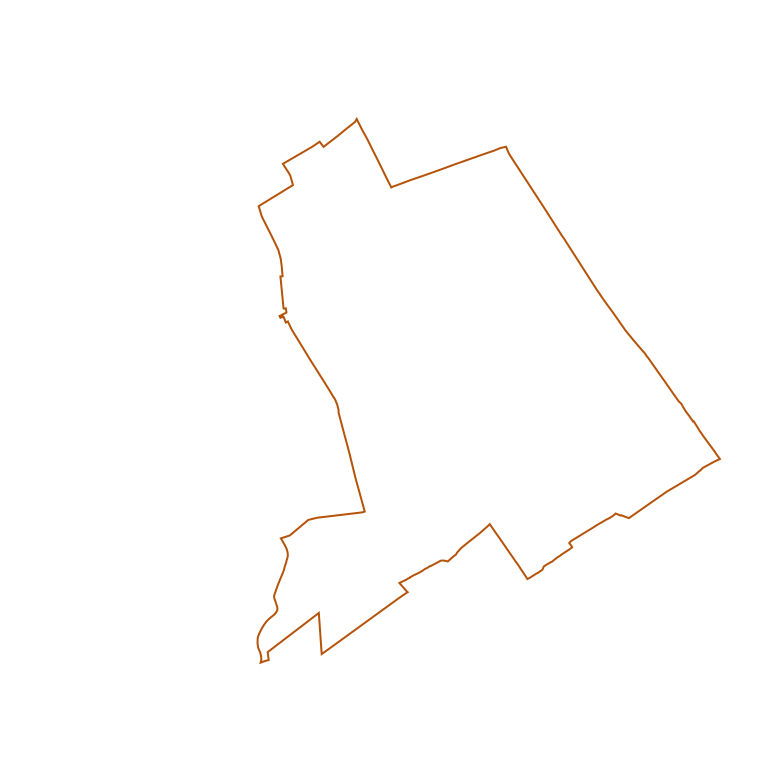 Tulucesti, Galati, Romania, rotated 149°
{"feature_id": "2599482B61221662253348", "entity_name": "Tulucesti", "entity_type": "district", "adm_level": 2, "iso_a3": "ROU", "parent_name": "Romania", "parent_adm1": "Galati", "projection": "albers", "projection_center": [28.035, 45.59], "detail": "fine", "context": "isolated", "style": "outline", "palette": "amber", "viewbox_px": 768, "rotation_deg": 149, "n_neighbors": 0, "source": "geoboundaries", "source_scale": "gbopen_adm2", "svg_char_len": 4186}
<svg xmlns="http://www.w3.org/2000/svg" viewBox="0 0 768 768"><g transform="rotate(149 384 384)"><path d="M551.9,304.8L551.9,304.1L551.9,301.7L552.0,298.3L552.2,294.5L552.5,292.4L553.1,290.2L553.7,288.5L554.5,287.0L555.4,285.7L557.1,284.0L558.2,283.1L559.9,281.3L561.7,279.8L563.1,278.6L565.4,276.3L568.1,274.1L571.4,271.7L575.6,268.6L579.1,265.9L582.7,262.9L584.4,261.5L585.8,260.4L586.9,259.4L587.7,258.4L588.2,257.2L588.6,255.8L589.3,252.4L590.0,249.3L590.7,247.1L591.6,245.5L592.6,244.6L594.8,243.5L597.1,242.8L600.9,242.3L604.2,241.7L607.6,240.8L611.2,239.2L615.2,237.1L619.5,234.3L622.6,231.9L624.1,229.8L626.1,226.6L627.5,223.1L627.9,221.3L628.2,218.8L628.5,217.3L629.1,215.5L629.8,213.4L631.3,210.6L633.3,208.7L632.3,208.5L630.9,208.3L628.0,207.6L625.0,206.8L621.8,214.1L609.4,215.5L604.0,216.1L557.8,221.3L566.2,204.8L570.5,196.4L576.5,184.6L559.5,186.0L487.3,192.3L478.6,193.0L471.0,193.4L471.1,193.6L473.3,205.5L467.6,205.0L466.1,204.8L464.8,204.8L464.0,204.9L463.6,204.8L463.2,204.8L462.2,204.6L461.7,204.6L461.4,204.9L460.3,204.8L458.5,204.8L454.4,204.5L453.1,204.3L451.2,204.2L449.7,204.1L447.9,204.1L446.6,204.1L445.2,204.3L444.2,204.3L442.9,204.2L441.5,204.1L440.4,204.1L438.8,204.3L437.8,203.9L433.7,203.7L429.6,203.4L429.1,203.4L427.3,203.4L426.0,203.2L424.8,202.6L422.7,201.0L420.9,199.2L420.2,199.1L413.8,200.4L410.3,200.7L409.2,201.3L407.9,202.0L404.3,203.0L403.2,203.4L401.8,203.7L400.8,203.9L395.7,204.6L378.2,206.9L370.0,208.4L369.4,208.5L367.0,209.0L365.5,209.4L365.5,208.4L365.0,201.8L364.9,199.0L364.4,193.0L363.4,176.6L362.9,169.5L362.6,164.0L362.2,160.1L362.0,154.7L361.5,142.9L357.3,142.8L355.7,142.9L351.9,143.0L349.0,142.9L343.9,143.2L340.9,145.3L339.2,145.4L332.9,145.4L332.1,145.2L331.2,145.2L330.3,145.3L329.4,145.5L324.4,146.1L320.9,146.1L320.1,146.4L319.2,146.4L316.9,146.5L314.4,146.6L313.5,146.6L311.7,146.7L310.7,146.7L308.8,146.9L307.0,147.1L306.8,147.2L306.7,147.7L307.1,152.1L307.1,152.3L304.7,153.0L302.2,153.1L301.0,153.1L300.0,153.1L298.6,153.1L295.5,153.1L287.8,153.2L281.5,153.2L278.0,153.3L274.5,153.4L272.8,153.4L270.6,153.4L269.0,153.3L267.3,153.3L266.7,153.3L265.8,153.3L265.2,153.3L264.5,153.3L263.8,153.3L263.1,153.3L262.6,153.2L262.0,153.2L261.6,153.1L261.2,153.0L260.5,153.0L259.8,153.0L256.9,153.0L256.3,153.0L254.7,153.3L253.2,153.4L252.5,153.4L252.1,153.6L248.9,149.3L248.2,149.3L243.2,142.9L216.2,144.8L197.0,146.1L164.1,145.9L159.4,146.8L157.4,147.0L154.0,147.9L149.2,147.7L140.5,147.3L134.7,146.7L135.0,150.0L135.3,153.2L135.3,155.5L136.0,162.3L137.2,175.2L137.3,178.3L137.6,180.7L137.6,185.4L137.6,187.5L137.7,189.6L137.7,192.5L138.4,192.6L138.6,195.7L138.8,199.4L139.1,201.9L139.4,204.7L139.5,210.1L139.4,211.8L139.3,213.7L139.6,215.0L140.3,217.3L141.1,227.6L141.6,235.7L142.2,243.9L144.0,269.1L144.5,273.2L144.7,277.0L145.1,278.3L145.3,279.3L147.7,293.8L149.4,305.2L151.0,328.2L151.9,337.6L152.5,345.4L153.0,354.8L153.3,362.9L153.8,380.3L154.3,397.9L154.8,415.3L155.1,419.6L156.0,452.8L156.8,475.0L158.2,513.9L158.2,517.4L157.2,524.5L162.7,526.3L162.8,526.3L169.2,527.3L177.0,529.0L210.6,535.9L223.8,538.4L244.2,542.5L251.4,544.1L254.3,544.7L254.7,544.8L261.0,546.0L271.9,548.0L274.2,548.5L275.1,548.6L276.5,548.7L276.3,551.5L276.0,556.2L275.3,564.5L274.0,579.6L273.4,587.9L272.2,602.6L271.8,613.7L270.9,625.2L273.8,623.6L287.3,621.8L292.2,621.0L300.9,619.9L312.0,618.6L313.7,618.4L314.4,624.8L323.5,624.3L357.3,624.8L356.9,613.8L357.0,611.9L357.0,610.9L359.6,601.4L360.0,601.4L370.4,601.3L389.1,601.1L399.8,601.0L401.4,594.8L402.3,591.4L402.8,587.1L402.8,586.3L403.1,582.1L404.1,568.8L404.4,565.2L405.5,553.5L408.0,544.6L411.0,537.7L415.4,528.6L417.4,529.5L431.1,500.7L431.0,500.1L429.2,499.4L430.8,495.5L438.5,496.1L438.7,494.1L435.8,493.9L436.0,492.9L435.5,492.7L436.5,487.3L434.2,487.1L434.4,486.5L434.5,483.5L434.8,481.4L435.1,477.0L434.9,462.1L434.8,443.6L434.1,412.3L434.0,404.2L434.1,398.3L433.9,398.2L433.9,395.9L434.7,390.7L435.9,386.5L436.5,384.8L437.7,382.8L444.4,359.7L445.1,357.0L445.8,354.6L448.9,343.9L449.4,342.2L456.8,318.3L466.2,284.6L468.6,285.1L489.5,294.5L500.9,299.6L505.5,301.7L510.2,303.8L518.9,306.5L542.6,302.7L544.1,303.0L551.9,304.8Z" fill="none" stroke="#b45309" stroke-width="2"/></g></svg>